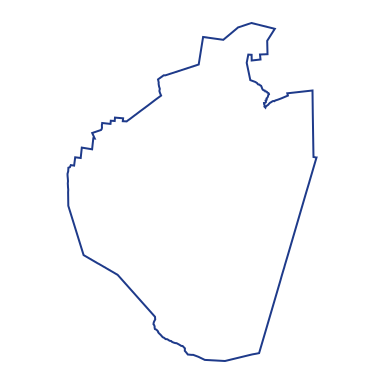 the district of San Ignacio Cerro Gordo, Jalisco, Mexico
{"feature_id": "50627088B58147412700600", "entity_name": "San Ignacio Cerro Gordo", "entity_type": "district", "adm_level": 2, "iso_a3": "MEX", "parent_name": "Mexico", "parent_adm1": "Jalisco", "projection": "orthographic", "projection_center": [-102.51, 20.768], "detail": "fine", "context": "isolated", "style": "outline", "palette": "blue", "viewbox_px": 384, "rotation_deg": 0, "n_neighbors": 0, "source": "geoboundaries", "source_scale": "gbopen_adm2", "svg_char_len": 2517}
<svg xmlns="http://www.w3.org/2000/svg" viewBox="0 0 384 384"><path d="M274.8,28.8L251.4,23.0L250.8,23.2L237.9,27.5L237.3,28.1L223.3,39.8L203.1,37.0L198.7,64.5L165.5,75.3L163.7,75.3L158.0,79.4L158.3,80.6L158.7,82.5L158.6,83.7L158.8,85.0L159.1,86.7L159.4,87.5L159.8,88.9L159.6,89.9L159.4,91.0L159.9,92.7L160.3,93.7L160.5,94.2L161.1,95.6L155.5,99.7L147.0,106.2L146.8,106.3L145.9,107.0L140.9,110.7L140.2,111.2L135.5,114.8L135.3,114.9L129.9,119.0L129.2,119.5L127.5,120.7L126.7,121.4L122.8,121.2L123.1,118.3L115.0,117.6L114.7,121.0L110.8,120.7L110.5,123.9L110.3,123.9L102.2,123.0L102.1,123.9L101.9,124.8L101.9,126.4L102.0,127.6L101.7,129.0L101.0,130.0L95.1,132.0L92.2,133.0L94.7,138.5L93.3,138.3L92.1,149.3L81.8,147.6L80.7,158.0L75.2,157.3L74.1,165.6L70.8,165.1L69.9,167.2L68.4,167.7L68.2,171.2L67.5,173.9L67.6,176.2L67.8,178.3L68.0,181.1L67.8,183.4L67.9,185.1L68.0,187.3L68.2,189.3L68.2,190.5L68.1,192.1L68.3,205.8L83.6,255.1L98.0,263.5L98.5,263.7L117.7,274.9L141.9,302.1L155.0,316.8L155.2,319.5L154.5,320.7L153.9,322.0L153.6,323.1L153.5,324.3L154.1,325.0L154.6,326.3L154.6,327.6L154.9,329.0L156.4,329.7L157.2,330.5L158.1,331.5L158.1,332.1L158.7,333.0L160.6,334.8L162.7,337.2L163.9,337.7L164.9,338.5L165.6,339.1L167.1,339.2L167.9,339.6L169.5,340.7L171.3,341.1L171.9,341.8L172.7,342.2L174.3,342.8L175.4,343.1L176.6,343.2L179.2,344.6L181.3,345.9L182.6,346.0L184.9,348.4L184.8,350.8L186.0,352.2L186.6,352.9L187.8,354.5L191.9,354.9L193.3,354.9L198.4,356.8L204.8,359.9L225.0,361.0L251.4,354.6L252.8,354.3L256.2,353.7L258.7,353.2L259.1,353.1L264.5,334.8L279.6,283.3L280.5,280.2L281.7,275.9L283.3,270.5L284.2,267.6L284.9,265.0L287.8,255.3L306.3,192.1L309.4,181.8L309.4,181.7L316.5,157.5L316.1,157.5L313.5,157.0L313.4,152.4L312.8,114.6L312.5,90.5L287.3,93.3L287.9,95.6L281.5,98.3L277.8,99.7L275.2,100.5L274.4,101.2L273.6,101.0L272.6,101.2L271.1,102.2L270.0,102.8L268.9,103.9L268.2,104.8L267.3,105.4L266.5,106.0L265.6,106.9L265.4,107.6L264.4,106.6L264.6,105.7L264.5,104.9L264.1,104.1L264.0,103.0L265.0,102.9L265.6,102.5L266.0,101.9L265.8,101.1L265.6,100.5L266.4,100.1L266.7,99.7L266.4,98.9L266.6,98.3L267.1,98.0L267.7,97.1L268.1,95.8L268.4,94.7L269.0,94.3L268.8,93.5L268.3,93.0L267.4,92.7L266.9,91.9L266.2,91.5L265.2,91.4L264.7,90.5L263.6,90.3L262.7,89.6L262.1,88.4L261.5,86.7L261.1,85.8L260.2,85.4L259.4,84.6L258.3,84.5L257.7,84.0L257.2,83.2L256.3,82.6L255.4,82.0L250.3,80.1L246.7,62.8L248.3,54.6L251.6,54.8L251.7,60.5L260.5,59.5L260.0,54.5L267.5,54.2L267.2,40.8L274.8,28.8Z" fill="none" stroke="#1e3a8a" stroke-width="2"/></svg>